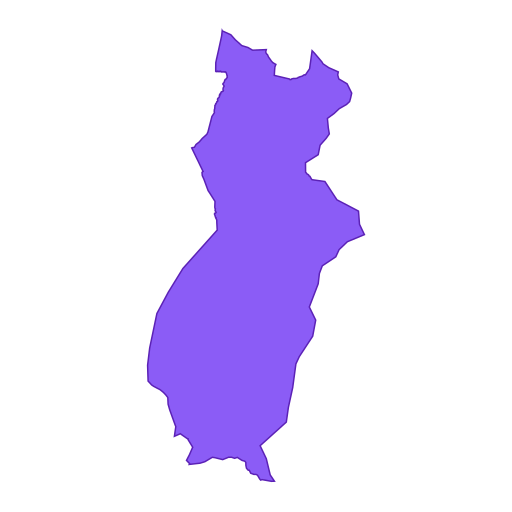 Bulgan, Hovd, Mongolia
{"feature_id": "93677404B6267126121439", "entity_name": "Bulgan", "entity_type": "district", "adm_level": 2, "iso_a3": "MNG", "parent_name": "Mongolia", "parent_adm1": "Hovd", "projection": "mercator", "projection_center": [91.063, 45.925], "detail": "fine", "context": "isolated", "style": "filled", "palette": "violet", "viewbox_px": 512, "rotation_deg": 0, "n_neighbors": 0, "source": "geoboundaries", "source_scale": "gbopen_adm2", "svg_char_len": 5138}
<svg xmlns="http://www.w3.org/2000/svg" viewBox="0 0 512 512"><path d="M222.2,30.7L221.7,35.5L221.4,37.1L218.6,49.9L216.9,57.4L216.9,57.7L216.7,58.2L215.8,62.6L215.7,68.2L215.7,71.4L215.8,71.5L215.7,71.5L215.9,71.5L216.0,71.6L216.3,71.7L216.5,71.6L217.1,71.4L217.3,71.2L217.5,71.2L217.7,71.4L217.8,71.4L217.9,71.5L218.0,71.4L218.2,71.5L218.3,71.5L218.4,71.4L218.5,71.4L218.6,71.5L218.8,71.5L219.0,71.7L219.5,71.5L219.8,71.6L219.9,71.4L220.1,71.5L220.2,71.4L220.3,71.5L220.5,71.6L220.8,71.4L220.9,71.5L221.0,71.5L221.4,71.7L221.5,71.9L221.8,71.9L221.9,72.0L222.2,72.0L222.3,71.9L222.6,71.9L222.9,71.8L223.3,71.8L223.7,72.0L223.8,72.0L224.1,72.0L224.2,71.9L224.5,72.0L224.6,71.9L224.8,72.0L225.0,71.9L225.1,72.0L225.4,71.9L225.6,71.9L225.7,72.1L226.0,72.4L226.0,72.6L226.2,72.9L226.4,73.3L226.5,73.7L226.7,74.1L226.9,75.2L227.2,75.5L227.1,75.8L227.1,76.3L227.1,76.5L227.3,76.9L227.3,77.2L227.1,77.7L226.7,78.0L226.0,79.0L225.9,79.1L225.6,79.5L225.2,79.5L224.9,79.9L224.7,80.4L224.2,82.0L224.1,82.5L223.2,83.3L222.9,83.8L222.9,84.3L223.6,85.1L224.1,86.1L223.1,88.1L223.0,89.5L223.1,90.3L223.4,90.6L223.3,90.8L223.1,91.0L222.9,91.3L222.3,91.6L221.9,91.6L221.7,91.7L221.4,91.8L221.2,92.0L221.0,92.4L221.0,92.5L220.9,92.8L220.9,93.0L220.4,93.4L220.4,93.5L220.5,93.7L220.5,93.8L220.3,93.8L220.2,93.9L219.9,94.1L219.8,94.3L219.8,94.5L219.7,94.6L219.7,94.9L219.9,95.1L219.8,95.3L219.5,95.4L219.4,95.4L219.4,95.7L219.4,95.9L219.5,96.4L219.4,96.6L219.2,96.8L219.1,97.0L219.1,97.4L218.8,97.6L218.7,97.7L218.5,97.9L218.3,98.1L217.9,98.3L217.9,98.5L217.6,98.9L217.6,99.2L217.6,99.3L217.5,99.7L217.5,99.8L217.8,100.1L217.8,100.3L217.7,100.6L217.8,100.9L217.8,101.0L217.7,101.2L217.5,101.4L217.1,101.5L216.8,101.7L216.8,102.1L216.7,102.3L216.6,102.5L216.4,102.8L216.3,103.1L216.2,103.3L215.8,103.9L215.7,103.9L215.7,104.0L215.7,104.3L215.6,104.5L215.3,105.0L215.1,105.1L214.9,105.4L214.9,105.9L214.9,106.5L214.8,107.1L214.7,108.8L214.5,109.2L214.3,110.0L214.3,110.9L214.2,111.1L214.4,112.7L211.9,116.5L211.2,119.3L207.9,132.1L207.4,133.1L207.0,134.0L206.7,134.4L202.2,138.5L200.7,140.3L200.3,140.7L199.9,141.2L199.6,141.6L199.3,141.9L197.0,143.7L196.0,144.5L194.4,147.3L192.6,147.6L192.3,147.7L192.1,147.7L191.7,147.9L197.0,158.9L198.0,160.9L200.9,167.0L201.1,167.4L203.1,171.5L202.5,171.8L202.4,171.9L202.0,172.5L202.2,175.0L202.3,175.7L203.9,179.2L208.1,190.6L210.1,193.6L210.9,194.9L215.0,201.4L214.8,206.9L214.9,208.1L215.4,208.8L215.3,209.1L215.2,209.2L215.2,209.5L215.2,209.9L215.3,210.1L215.2,210.4L215.1,210.5L215.2,210.9L215.3,211.0L215.6,211.4L215.8,211.8L216.1,212.3L215.9,212.5L215.7,213.0L215.4,213.2L215.0,213.2L214.6,213.3L214.5,214.1L214.5,214.3L214.6,214.5L214.8,215.1L215.0,215.3L215.1,215.5L215.1,215.9L215.1,216.1L215.2,216.3L215.3,216.5L215.4,216.9L215.5,217.2L215.5,217.3L215.7,217.5L215.8,218.0L216.1,218.0L216.1,218.4L216.1,218.6L216.2,218.8L216.4,219.2L216.5,219.4L216.6,219.6L216.7,219.8L216.7,220.1L216.8,220.5L216.8,222.2L217.2,230.1L200.4,248.9L182.9,268.5L168.3,292.2L156.9,313.5L149.7,347.9L147.6,365.2L148.1,381.1L151.7,385.0L153.8,386.4L156.1,387.6L156.8,388.0L158.6,388.9L160.1,389.7L162.7,391.8L163.6,392.6L165.7,394.8L167.8,397.5L168.1,404.2L169.7,409.8L175.2,425.1L175.8,426.6L174.4,436.3L180.4,433.7L181.1,434.3L187.1,438.5L188.1,438.8L188.1,439.2L188.0,439.5L192.7,447.2L189.5,454.6L186.5,460.4L189.7,463.7L189.3,464.4L200.0,463.2L204.9,461.7L212.3,457.3L215.0,457.7L222.7,459.6L228.7,457.2L229.8,457.3L231.4,457.2L234.6,458.3L237.3,457.4L242.0,460.4L244.8,461.2L245.8,462.4L245.9,465.5L246.5,468.3L248.2,470.2L249.3,470.3L250.7,473.2L253.9,474.4L256.0,474.4L257.5,475.2L259.7,479.0L260.7,480.1L262.0,479.6L271.4,481.3L274.4,481.2L273.7,480.1L270.2,474.9L266.3,458.7L260.1,445.7L286.3,422.1L288.4,407.3L292.7,387.6L295.9,363.9L299.3,356.6L312.7,336.2L315.7,320.1L309.3,307.0L318.2,283.8L319.4,273.4L322.3,265.8L335.8,256.8L339.1,249.6L347.4,241.7L364.4,234.6L359.5,224.3L358.5,211.1L336.9,199.8L324.9,181.5L312.0,179.7L311.2,178.7L311.0,178.2L310.5,177.4L310.1,176.6L309.8,176.2L309.2,176.0L308.9,175.6L308.6,174.9L307.9,174.4L307.2,174.1L306.7,173.5L306.4,173.0L305.9,172.6L305.6,172.2L305.5,162.7L318.2,154.7L320.1,145.2L326.2,138.3L329.3,133.9L328.3,127.9L327.4,118.4L334.2,113.4L339.2,108.7L346.5,104.5L349.6,101.6L350.6,98.1L351.7,93.1L347.1,83.8L338.8,78.9L337.7,74.9L338.3,71.9L328.8,67.7L323.0,63.8L321.9,61.9L314.6,53.3L312.1,50.7L309.6,68.7L305.5,74.8L305.2,74.9L304.9,74.9L304.6,74.8L304.2,74.8L303.1,75.5L302.9,75.7L302.6,75.9L302.0,76.2L301.2,76.4L300.7,76.6L300.1,76.7L299.8,76.8L299.3,77.1L298.2,77.4L298.1,77.6L297.6,78.0L296.8,78.3L296.2,78.3L295.4,78.5L294.8,78.5L293.8,78.4L293.1,78.6L292.6,78.7L292.2,78.7L291.9,78.8L291.6,79.0L291.4,79.3L291.1,79.5L290.5,79.5L290.4,79.6L290.1,79.7L289.9,79.5L289.8,79.2L289.5,79.0L274.3,75.4L274.6,70.4L274.9,66.9L275.9,64.4L274.2,63.5L273.4,62.9L272.8,62.7L272.7,62.5L271.2,60.9L270.6,59.9L269.8,58.8L268.5,57.0L268.2,56.3L267.8,55.4L267.6,54.9L267.4,54.6L266.9,54.2L266.7,54.0L266.1,53.1L265.8,52.2L265.8,51.4L266.3,49.6L252.6,50.2L248.0,47.5L241.8,45.6L235.3,39.8L230.9,34.8L222.3,30.9L222.2,30.7Z" fill="#8b5cf6" stroke="#5b21b6" stroke-width="1.5"/></svg>